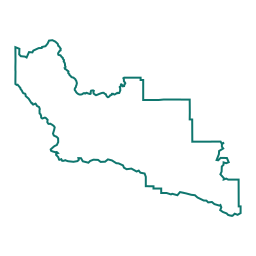 Sanders, Montana, United States of America
{"feature_id": "52423323B19966710463863", "entity_name": "Sanders", "entity_type": "district", "adm_level": 2, "iso_a3": "USA", "parent_name": "United States of America", "parent_adm1": "Montana", "projection": "natural_earth1", "projection_center": [-115.304, 47.691], "detail": "fine", "context": "isolated", "style": "outline", "palette": "teal", "viewbox_px": 256, "rotation_deg": 0, "n_neighbors": 0, "source": "geoboundaries", "source_scale": "gbopen_adm2", "svg_char_len": 4079}
<svg xmlns="http://www.w3.org/2000/svg" viewBox="0 0 256 256"><path d="M15.4,47.2L15.5,61.3L15.4,66.9L15.4,68.6L15.4,70.2L15.5,71.2L15.4,80.5L15.4,83.9L15.4,84.0L16.6,84.9L17.6,84.7L20.4,88.0L20.4,88.7L21.9,90.7L22.6,92.2L23.3,93.2L25.0,93.7L25.5,94.3L25.7,96.1L28.6,98.6L31.4,103.0L32.3,103.2L32.4,104.0L33.1,104.6L35.5,103.6L36.3,104.6L36.8,105.8L39.1,107.1L39.8,109.1L39.5,110.1L39.6,113.5L40.5,114.2L41.1,115.9L41.1,117.2L41.5,118.0L42.3,118.5L44.9,117.6L45.7,117.9L47.6,119.8L47.3,122.1L48.0,123.3L48.5,123.9L49.6,123.9L50.3,123.7L52.2,124.8L53.7,125.9L54.7,127.3L54.1,130.0L53.0,133.6L53.8,135.5L55.8,136.5L56.4,136.6L58.1,138.3L58.2,142.1L56.8,145.0L54.7,146.0L53.7,146.7L50.7,149.4L51.0,150.7L52.5,151.4L55.3,152.2L56.7,152.0L57.9,153.1L56.2,153.7L56.1,154.9L58.2,157.1L59.1,159.7L59.5,159.8L61.3,159.2L62.2,160.8L63.6,160.8L65.3,160.2L65.9,160.5L67.9,161.2L73.5,161.8L77.5,161.1L78.8,159.8L78.4,158.1L81.0,158.2L82.8,161.3L88.4,162.7L90.1,161.0L93.4,159.7L98.1,159.9L100.6,161.9L105.1,161.7L107.9,159.4L111.9,160.4L116.3,163.2L118.6,163.4L123.0,165.4L124.0,167.7L126.6,169.2L131.4,168.6L136.6,171.5L138.7,170.6L140.4,172.7L144.6,173.5L145.8,176.8L145.8,186.2L153.5,186.3L153.5,188.5L161.2,188.5L161.2,193.0L166.6,193.0L171.0,194.4L172.2,193.8L177.4,195.2L180.0,192.1L186.1,193.4L191.3,194.8L194.9,195.2L197.5,197.5L203.7,200.5L206.4,200.6L208.2,202.4L211.9,202.0L214.4,204.1L219.4,205.6L220.4,205.0L221.3,207.3L220.2,210.1L222.9,212.0L226.6,213.4L228.2,215.0L228.3,215.0L228.6,215.0L228.9,215.2L229.2,215.2L229.9,215.5L230.2,215.5L230.5,215.5L231.1,215.6L231.3,215.8L231.7,215.7L231.8,215.8L232.1,215.8L232.5,215.8L234.7,213.7L237.6,214.8L240.6,213.1L240.6,206.4L238.7,206.4L238.6,179.6L228.2,179.6L226.2,178.6L223.7,179.5L223.9,178.2L220.4,174.3L221.6,171.6L221.8,166.5L223.5,164.8L223.6,162.4L226.2,163.2L228.7,162.2L226.9,158.0L220.6,157.9L218.2,160.3L216.6,160.0L218.9,154.2L219.1,151.0L223.2,148.5L221.9,146.7L221.9,144.3L224.0,142.6L221.7,143.6L220.6,141.6L192.3,141.7L192.2,119.5L189.7,119.4L189.8,112.8L189.7,99.6L163.9,99.5L158.7,100.0L143.2,100.0L143.2,80.0L140.6,80.0L140.6,77.7L139.4,77.7L137.0,77.7L131.6,77.7L127.9,77.7L124.1,77.7L123.4,78.2L123.6,78.6L123.8,79.1L123.9,80.0L123.9,81.2L124.4,81.9L124.9,82.4L125.3,83.2L125.1,83.8L124.4,84.3L124.3,85.1L124.1,86.1L123.5,86.2L122.8,86.3L122.4,85.5L121.8,84.6L121.2,84.3L120.9,84.7L121.0,85.0L120.9,85.9L120.4,86.7L119.8,86.8L119.8,87.5L120.1,87.8L120.2,88.6L120.3,89.2L120.1,89.8L120.3,90.3L120.0,91.1L119.6,92.1L119.4,92.6L119.2,93.0L118.7,93.1L118.2,93.0L117.6,93.2L117.2,92.9L116.7,93.3L116.1,93.6L115.5,94.0L114.6,94.5L113.8,94.3L113.1,93.8L111.9,93.8L111.6,94.4L111.7,94.7L111.0,95.1L110.2,95.3L109.5,96.3L108.8,96.8L108.4,97.1L107.8,97.2L107.3,96.8L106.6,96.1L106.2,95.2L105.8,94.2L104.6,93.7L103.7,92.8L102.8,92.8L101.4,93.1L100.1,93.6L99.0,94.0L97.7,94.6L96.0,95.2L94.7,94.4L93.7,93.6L93.4,92.6L93.6,91.5L93.8,90.8L93.1,90.4L92.1,90.5L91.1,90.7L90.8,91.3L90.7,91.9L90.7,92.9L90.7,93.6L90.1,94.0L89.6,93.9L88.2,93.5L86.6,92.8L85.5,93.2L85.4,93.5L84.5,93.4L84.1,93.1L83.4,93.3L83.1,93.5L82.4,94.1L81.1,94.5L79.5,94.5L78.4,94.1L77.4,93.4L76.7,92.8L76.0,91.9L75.5,90.9L74.8,90.1L74.7,89.1L75.0,88.2L75.8,87.2L76.0,86.0L76.5,85.0L76.7,83.9L76.9,83.2L76.7,82.4L76.4,81.4L76.2,80.7L75.9,80.3L75.6,79.9L75.4,79.3L74.9,78.8L74.2,78.3L73.6,77.7L73.0,77.5L72.0,77.3L71.2,76.8L70.9,76.3L70.3,75.7L69.6,75.2L69.4,74.5L69.3,74.1L68.7,73.6L68.2,73.0L68.3,72.4L68.5,71.6L68.3,71.2L67.4,70.7L67.1,70.4L66.4,69.7L65.7,69.3L65.0,68.9L64.9,68.5L64.7,68.1L65.0,68.0L65.4,67.4L65.5,66.6L65.0,65.8L65.0,65.1L65.0,64.1L64.7,63.2L64.5,62.5L63.7,61.5L64.0,60.1L63.1,59.1L62.7,58.4L62.8,57.9L62.2,57.3L61.5,56.8L60.9,55.9L60.5,55.3L59.1,55.1L58.3,54.7L58.1,53.5L58.3,52.9L58.7,52.3L59.4,51.3L59.7,50.7L60.3,50.6L60.6,50.4L60.6,50.1L60.6,49.2L60.7,48.6L60.0,47.8L59.5,46.9L58.9,46.2L58.3,45.9L57.7,43.8L55.3,41.6L52.4,40.2L49.0,40.6L47.6,43.6L45.5,46.2L42.0,47.0L41.7,48.0L38.7,48.1L33.3,50.6L32.4,52.4L29.0,52.1L26.6,57.5L25.0,56.6L20.8,56.2L19.2,54.4L19.4,48.8L15.4,47.2Z" fill="none" stroke="#0f766e" stroke-width="2"/></svg>